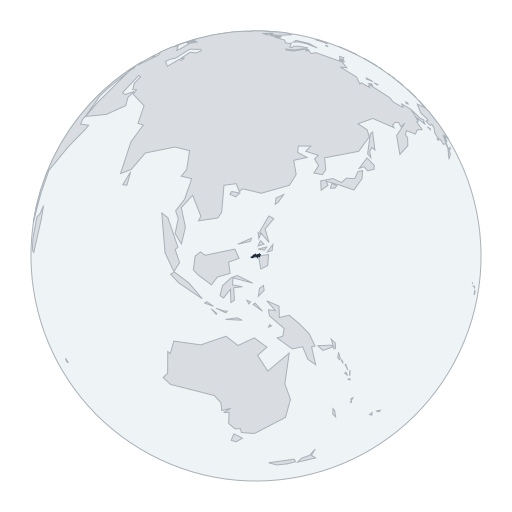 Zamboanga del Norte on an orthographic globe, rotated 28°
{"feature_id": "PHL-2520", "entity_name": "Zamboanga del Norte", "entity_type": "Province", "adm_level": 1, "iso_a3": "PHL", "parent_name": "Philippines", "parent_adm1": "", "projection": "orthographic", "projection_center": [122.74, 7.933], "detail": "fine", "context": "on_globe", "style": "filled", "palette": "slate", "viewbox_px": 512, "rotation_deg": 28, "n_neighbors": 0, "source": "natural_earth", "source_scale": "10m", "svg_char_len": 9175}
<svg xmlns="http://www.w3.org/2000/svg" viewBox="0 0 512 512"><g transform="rotate(28 256 256)"><circle cx="256" cy="256" r="225" fill="#eef3f6" stroke="#a8b0b8"/><path d="M438.1,333.9L437.9,335.5L437.6,335.7L438.1,333.9ZM371.7,62.7L365.6,61.0L371.2,65.7L364.1,61.2L379.6,74.4L381.0,80.0L374.8,70.7L370.6,67.6L369.3,69.5L364.7,66.9L361.4,66.5L356.1,63.5L352.8,59.1L349.3,57.2L348.6,58.8L342.7,57.3L344.3,55.1L334.3,52.4L327.1,46.2L335.7,45.7L327.1,42.3L326.7,42.1L342.2,47.9L357.2,54.7L371.7,62.7ZM466.8,188.0L465.0,183.1L466.5,185.3L466.8,188.0ZM463.5,180.7L464.2,182.2L463.6,181.1L463.5,180.7ZM462.8,180.3L463.3,180.6L462.9,180.8L462.8,180.3ZM462.1,180.4L462.4,180.1L462.5,180.3L462.1,180.4ZM460.3,178.9L459.8,178.4L459.9,177.7L460.3,178.9ZM376.2,70.1L376.3,69.0L377.7,71.0L376.2,70.1ZM361.9,67.1L363.3,68.3L361.0,67.7L361.9,67.1ZM350.7,62.6L346.6,61.5L350.2,61.8L350.7,62.6ZM343.8,60.4L333.8,58.6L336.1,60.9L324.0,53.8L336.5,57.3L340.6,57.1L340.7,58.6L343.8,60.4ZM318.9,50.5L316.0,49.6L318.4,49.7L318.9,50.5ZM323.0,40.9L321.3,40.4L314.1,38.4L312.4,38.0L311.2,37.6L323.0,40.9ZM304.8,36.1L306.0,36.3L300.7,35.2L304.8,36.1ZM297.3,34.6L305.4,36.3L305.2,36.3L297.3,34.6ZM293.2,33.8L296.1,34.3L295.8,34.3L293.2,33.8ZM289.5,33.2L289.7,33.3L288.3,33.1L287.2,32.9L287.5,32.9L289.5,33.2ZM292.4,33.7L293.2,33.9L291.3,33.5L292.4,33.7ZM280.6,32.1L275.7,31.6L275.8,31.6L280.6,32.1ZM63.9,138.3L63.1,139.7L62.9,141.7L75.6,124.3L76.0,120.6L83.2,111.4L88.6,107.0L89.4,111.6L92.2,108.3L97.8,99.1L104.1,94.5L100.4,95.6L97.3,99.3L95.0,100.4L97.6,97.2L99.7,95.5L101.3,93.2L90.8,103.0L86.5,107.8L86.5,107.6L99.8,93.6L114.3,80.8L129.9,69.3L130.0,69.3L137.0,64.8L134.8,66.3L142.2,61.8L143.7,61.7L148.0,58.4L156.3,54.1L162.0,51.9L165.5,50.2L156.3,54.0L154.2,55.0L174.0,46.2L180.4,44.1L183.6,44.0L170.5,51.6L164.8,53.4L166.7,51.3L157.0,56.7L161.6,54.6L159.8,56.2L167.3,53.4L166.4,54.5L175.1,50.4L174.8,51.5L169.3,54.0L180.1,51.9L181.8,54.0L184.7,53.1L187.4,51.5L187.8,55.8L189.9,55.0L190.6,53.2L195.3,50.6L203.7,48.1L203.3,49.6L200.3,50.8L193.4,56.0L185.2,59.4L186.0,59.9L192.9,57.4L201.4,50.9L206.5,48.9L203.3,51.8L204.9,50.6L207.3,50.2L209.5,51.4L213.4,48.4L240.9,44.3L247.8,47.2L241.8,49.6L260.7,50.8L267.0,55.4L267.6,53.6L277.1,53.9L275.2,52.3L276.2,51.5L299.7,53.4L304.9,55.7L315.7,55.9L316.0,55.1L312.7,53.3L324.0,53.8L336.1,60.9L334.8,62.1L343.3,66.4L339.1,68.9L339.5,73.5L329.9,74.8L331.1,78.9L334.3,80.3L338.3,87.4L335.4,98.8L323.6,83.6L325.1,68.7L323.3,73.9L319.5,71.2L316.2,72.4L315.2,76.6L317.7,77.9L294.6,79.7L283.9,91.4L294.9,92.4L300.1,97.6L297.5,115.4L270.5,137.1L277.1,147.1L276.4,153.0L268.1,155.6L268.9,146.9L262.1,142.8L263.8,137.9L250.8,140.1L252.7,133.3L241.7,139.0L244.1,145.0L254.8,145.0L244.4,153.8L253.2,165.2L252.3,177.9L231.2,198.1L212.6,202.9L211.0,206.9L204.6,201.4L194.5,208.6L205.2,233.6L204.3,240.5L188.7,251.9L188.7,246.8L171.6,232.2L167.3,248.3L180.1,263.6L184.5,280.4L174.1,274.2L169.8,259.4L163.8,253.8L166.3,239.6L163.0,217.9L152.5,220.6L154.2,212.2L148.0,194.2L133.5,197.7L109.9,217.0L105.2,238.3L97.7,246.8L92.0,214.1L95.0,193.3L89.5,194.3L86.6,175.8L71.6,170.8L72.5,165.4L69.0,166.9L67.4,160.6L70.1,152.0L67.7,151.6L61.5,174.4L64.4,175.1L71.1,168.0L68.5,176.0L70.4,184.4L57.3,201.3L40.0,212.8L43.5,196.7L57.3,152.0L59.8,147.7L60.1,147.2L60.6,146.2L56.5,153.0L60.6,144.8L47.7,174.5L43.2,187.2L39.7,213.7L38.8,215.9L39.2,221.9L46.9,219.1L45.8,224.4L39.0,247.6L32.9,277.7L36.7,301.8L41.3,321.7L43.6,331.1L38.6,315.2L34.8,298.9L32.3,282.4L30.9,265.8L30.8,249.1L32.0,232.4L34.3,215.9L37.9,199.5L42.7,183.5L48.6,167.9L55.7,152.8L63.9,138.3ZM147.3,58.7L147.0,58.9L146.8,58.9L147.3,58.7ZM84.8,126.9L88.7,130.1L96.1,118.1L98.2,118.6L100.0,114.6L96.6,117.3L102.3,106.9L107.3,105.1L111.5,100.6L110.4,99.4L100.3,104.6L92.2,119.0L87.4,122.9L84.8,126.9ZM249.2,30.8L250.7,30.8L246.6,31.1L239.1,31.5L242.9,31.1L231.9,32.1L232.8,31.9L231.4,32.1L230.9,32.1L249.2,30.8ZM272.4,31.3L273.9,31.5L263.1,30.9L258.3,30.7L260.8,30.8L272.4,31.3ZM206.5,36.9L209.5,36.1L210.5,35.9L218.6,34.4L218.5,34.8L213.7,35.9L206.5,36.9ZM73.1,126.7L70.5,129.5L71.7,127.5L72.3,126.9L73.1,126.7ZM207.8,37.0L211.1,36.2L209.1,37.0L207.8,37.0ZM218.9,35.0L217.3,35.7L219.5,34.7L218.9,35.0ZM135.8,435.6L140.5,438.4L138.3,438.2L135.8,435.6ZM49.0,323.7L58.1,357.1L55.8,355.8L50.7,345.0L44.2,324.4L45.4,320.0L44.7,311.2L49.0,323.7ZM241.4,323.6L248.4,325.2L248.2,326.2L241.4,323.6ZM234.0,319.4L242.0,320.4L232.7,321.6L234.0,319.4ZM245.1,320.9L253.2,319.6L256.6,318.2L256.1,320.3L245.1,320.9ZM228.7,319.0L200.3,316.0L189.2,312.1L191.6,308.5L209.5,311.3L228.7,319.0ZM190.8,308.3L174.1,295.8L152.6,262.2L160.3,263.6L183.0,285.0L181.5,288.1L191.6,297.7L190.8,308.3ZM231.8,292.7L230.2,302.4L214.4,300.0L207.2,297.7L202.3,284.6L205.1,278.5L210.8,279.2L234.1,259.8L242.1,265.9L234.7,274.3L241.3,283.5L231.8,292.7ZM105.8,240.5L108.8,254.1L104.9,255.6L105.8,240.5ZM244.2,245.7L234.4,254.1L243.6,242.4L244.2,245.7ZM250.0,234.4L250.3,239.2L246.8,234.3L250.0,234.4ZM210.2,213.3L204.0,213.8L204.2,210.5L212.2,208.0L210.2,213.3ZM251.6,188.8L250.3,198.2L248.7,201.3L246.5,195.3L251.6,188.8ZM212.3,43.6L201.1,44.8L193.0,47.0L188.5,49.7L190.1,46.9L202.6,43.5L212.3,43.6ZM237.4,43.8L241.3,42.1L242.8,43.0L242.1,43.5L237.4,43.8ZM237.4,42.7L236.2,40.5L240.5,39.7L240.7,41.5L237.4,42.7ZM221.5,37.4L218.2,37.6L220.0,36.9L221.5,37.4ZM385.1,417.5L387.5,419.1L381.1,424.9L372.3,430.8L364.2,432.6L385.1,417.5ZM320.6,430.4L320.0,423.4L329.5,423.2L325.8,429.3L320.6,430.4ZM391.2,413.0L397.0,406.7L398.9,398.6L398.5,406.0L403.4,406.3L389.5,418.5L391.2,413.0ZM284.7,398.8L240.8,409.5L231.0,406.9L233.0,401.0L223.0,381.8L226.1,382.4L223.4,369.7L249.0,360.4L267.2,340.9L282.1,343.5L292.9,329.1L308.4,331.4L304.1,343.0L320.4,352.1L330.9,326.1L341.5,355.4L353.7,366.4L357.8,384.7L337.9,413.5L326.0,418.7L323.4,415.8L318.5,418.5L310.5,416.7L305.6,406.7L300.8,409.4L305.2,402.4L298.3,408.5L293.9,401.9L284.7,398.8ZM395.6,354.6L398.0,355.5L401.9,360.7L398.1,359.6L395.6,354.6ZM432.0,339.7L433.1,342.1L430.6,342.7L432.0,339.7ZM437.6,335.7L434.6,336.6L438.1,333.9L437.6,335.7ZM407.8,338.4L409.0,340.3L408.1,340.9L407.8,338.4ZM406.8,337.8L408.2,335.0L408.1,337.9L406.8,337.8ZM395.1,321.6L396.5,320.2L397.2,321.4L395.1,321.6ZM258.8,326.3L268.5,319.4L273.9,319.2L258.8,326.3ZM393.0,318.4L389.4,317.9L389.7,316.4L393.0,318.4ZM393.2,314.8L392.7,312.6L395.1,317.8L393.2,314.8ZM386.1,309.5L390.6,313.6L385.6,309.9L386.1,309.5ZM383.5,309.9L380.3,308.0L380.5,307.3L383.5,309.9ZM347.8,310.3L359.8,324.0L350.3,322.9L339.7,314.2L331.6,321.0L313.2,318.4L317.3,314.1L314.8,306.8L296.0,302.5L292.2,297.6L298.8,295.1L286.5,290.5L299.9,289.5L305.5,299.4L313.1,292.7L326.5,295.6L339.6,299.8L350.3,307.7L347.8,310.3ZM300.2,310.2L302.5,310.4L300.5,313.0L300.2,310.2ZM374.1,302.3L378.8,307.2L378.3,308.3L376.0,307.5L374.1,302.3ZM352.8,306.2L364.2,299.4L367.0,299.7L359.4,308.0L352.8,306.2ZM361.4,294.1L366.8,295.6L369.6,300.2L368.5,301.4L361.4,294.1ZM272.7,299.1L272.2,301.7L268.7,299.4L272.7,299.1ZM277.2,298.0L287.6,301.7L276.2,300.1L277.2,298.0ZM245.9,286.1L248.9,292.6L258.4,289.5L251.2,294.5L257.7,305.2L255.6,308.9L249.1,297.3L247.0,308.4L242.8,307.8L240.4,297.9L244.5,286.5L248.7,282.0L265.8,281.5L245.9,286.1ZM277.0,290.5L274.3,283.0L276.4,278.5L279.3,282.5L277.0,290.5ZM266.4,265.2L259.4,256.4L252.8,258.9L266.4,248.8L270.8,258.9L266.4,265.2ZM260.8,246.8L254.6,249.0L261.2,243.0L260.8,246.8ZM253.1,246.1L252.7,240.4L257.5,241.7L253.1,246.1ZM264.0,247.3L265.5,237.9L267.7,243.7L264.0,247.3ZM251.3,227.8L261.1,237.9L247.9,232.7L248.5,214.6L254.2,214.8L251.3,227.8ZM289.8,161.2L289.0,156.4L294.4,155.9L293.5,159.3L289.8,161.2ZM311.4,151.8L295.6,154.3L282.8,157.1L286.4,159.7L282.7,167.4L277.9,159.3L287.5,151.6L297.0,151.0L299.3,144.8L306.8,141.4L306.4,133.5L310.0,130.6L313.3,137.8L311.4,151.8ZM305.9,130.2L308.0,117.3L317.8,120.4L319.6,124.0L314.5,128.4L309.6,126.4L305.9,130.2ZM311.3,115.3L306.6,113.4L299.7,94.7L300.7,91.7L311.2,106.6L307.3,105.8L307.2,110.2L311.3,115.3ZM316.5,50.5L316.1,49.7L318.2,50.8L316.5,50.5ZM275.0,50.7L276.7,49.8L279.2,50.8L275.0,50.7ZM282.9,48.1L278.9,47.6L283.2,47.5L282.9,48.1ZM269.9,46.9L277.4,47.1L270.1,47.9L269.9,46.9Z" fill="#d9dde1" stroke="#a8b0b8" stroke-width="1"/><path d="M252.7,259.1L252.9,258.8L253.1,258.6L253.3,258.5L253.3,258.4L253.2,258.3L253.2,258.2L253.3,258.1L253.3,257.9L253.4,257.7L253.5,257.6L253.7,257.4L253.6,257.2L253.6,256.9L253.5,256.7L254.0,256.0L254.1,255.9L254.3,255.7L254.5,255.6L254.8,255.5L255.0,255.5L255.0,255.4L255.1,255.5L255.2,255.4L255.5,255.4L255.7,255.1L255.8,255.1L255.9,255.3L256.0,255.3L256.4,255.2L256.5,255.2L256.8,255.1L257.0,254.9L256.9,254.7L257.0,254.5L257.0,254.4L257.0,254.2L257.1,253.9L257.3,253.7L257.6,253.7L257.8,253.6L258.0,253.7L258.3,253.6L258.4,253.3L258.5,253.2L258.6,253.3L258.6,253.2L258.5,252.9L258.8,253.0L259.0,253.0L259.0,253.3L259.2,254.8L257.7,254.8L257.7,255.6L257.7,255.8L257.6,255.7L257.4,255.7L257.2,255.8L257.0,256.0L256.8,256.1L256.7,256.1L256.4,256.0L256.2,256.0L255.9,256.0L255.3,256.2L255.2,256.3L254.8,256.7L254.8,256.8L254.6,256.8L254.5,257.1L254.4,257.2L254.3,257.3L254.2,257.7L254.1,257.8L253.9,258.2L253.8,258.3L253.8,258.5L253.8,258.8L253.7,259.0L252.8,259.1L252.7,259.1L252.7,259.1Z" fill="#64748b" stroke="#1e293b" stroke-width="1.5"/></g></svg>